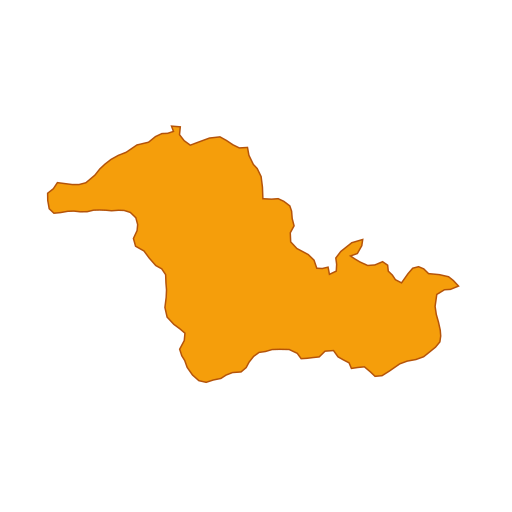 outline of Timóteo, Minas Gerais, Brazil, rotated 47°
{"feature_id": "56859067B99437992340006", "entity_name": "Timóteo", "entity_type": "district", "adm_level": 2, "iso_a3": "BRA", "parent_name": "Brazil", "parent_adm1": "Minas Gerais", "projection": "robinson", "projection_center": [-42.602, -19.554], "detail": "fine", "context": "isolated", "style": "filled", "palette": "amber", "viewbox_px": 512, "rotation_deg": 47, "n_neighbors": 0, "source": "geoboundaries", "source_scale": "gbopen_adm2", "svg_char_len": 2177}
<svg xmlns="http://www.w3.org/2000/svg" viewBox="0 0 512 512"><g transform="rotate(47 256 256)"><path d="M103.4,229.2L108.6,231.4L106.0,237.0L102.3,241.3L100.1,248.1L99.5,257.0L93.6,267.3L91.6,280.2L88.5,288.1L86.5,296.1L85.8,303.8L85.8,310.7L87.0,318.7L86.4,330.5L83.0,336.8L78.5,341.6L72.6,346.5L66.9,351.2L68.6,358.3L68.0,365.6L73.3,370.4L80.4,375.0L86.9,374.6L90.9,369.4L94.9,363.2L98.9,358.6L103.8,354.4L108.5,349.2L111.7,343.5L115.7,339.0L120.2,334.5L124.4,330.8L128.8,325.3L132.7,321.4L138.4,318.2L146.1,317.8L152.3,321.1L156.3,325.6L159.6,333.7L166.7,337.4L175.9,334.5L184.7,335.5L194.6,335.8L201.1,333.7L208.0,334.8L214.5,340.4L219.8,344.6L225.0,349.9L231.5,357.7L240.1,362.7L250.0,362.7L257.6,361.3L264.0,360.6L268.9,366.1L272.1,375.4L278.3,378.3L283.8,379.4L290.5,382.3L299.7,383.6L308.2,382.8L314.4,378.6L317.6,371.7L321.6,365.2L322.7,359.0L325.2,352.7L330.6,346.0L330.9,339.3L328.9,333.5L327.8,326.2L328.6,319.5L332.3,314.2L335.4,308.0L340.3,302.4L347.0,295.5L355.3,292.2L361.9,293.0L365.5,288.6L369.2,283.5L372.9,278.6L372.7,270.4L378.0,263.8L385.7,264.8L391.1,263.1L397.6,260.8L403.3,262.9L407.0,257.5L411.0,252.3L418.6,251.4L425.2,251.0L429.5,245.4L431.1,237.0L432.0,230.8L432.9,224.5L436.0,217.1L440.8,209.6L444.0,202.1L444.5,195.5L445.1,186.9L444.2,180.1L440.5,175.5L436.0,171.9L428.9,167.7L421.7,164.0L415.0,159.4L407.4,150.0L409.2,141.2L413.0,136.6L416.1,128.4L408.5,128.4L402.5,129.3L394.7,134.6L386.6,141.8L379.8,142.1L374.7,144.4L371.8,149.7L372.6,156.9L374.9,167.9L368.4,170.2L363.0,169.3L357.3,169.6L352.5,166.0L346.5,167.3L343.6,175.2L339.1,180.8L331.4,184.0L325.6,185.7L320.4,186.9L323.3,180.2L320.6,171.6L316.7,166.7L311.6,176.9L310.5,190.9L311.9,199.0L317.1,202.7L321.8,207.6L319.5,214.8L313.3,210.9L310.4,216.0L306.4,219.9L298.6,216.4L290.6,216.8L278.4,221.0L269.3,221.0L262.4,215.1L259.9,207.6L253.3,204.0L247.5,199.4L242.4,197.1L234.9,198.4L229.2,200.7L225.0,205.9L218.8,211.9L210.0,204.3L201.4,198.1L192.9,195.5L187.2,195.5L177.5,192.5L170.8,188.2L165.6,194.5L158.8,197.1L151.4,198.8L144.3,201.1L138.0,209.6L133.5,220.3L130.1,228.5L122.6,229.9L115.1,229.2L109.9,223.3L103.4,229.2Z" fill="#f59e0b" stroke="#b45309" stroke-width="1.5"/></g></svg>